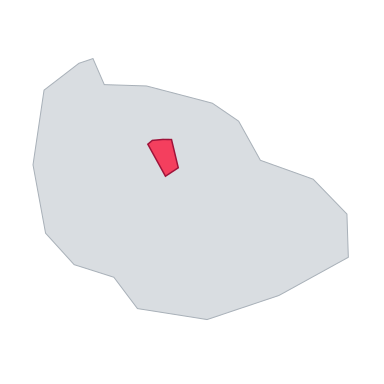 location of Vacoas-Phoenix within Mauritius, rotated 94°
{"feature_id": "MUS-5196", "entity_name": "Vacoas-Phoenix", "entity_type": "City", "adm_level": 1, "iso_a3": "MUS", "parent_name": "Mauritius", "parent_adm1": "", "projection": "robinson", "projection_center": [57.481, -20.303], "detail": "fine", "context": "in_parent", "style": "filled", "palette": "rose", "viewbox_px": 384, "rotation_deg": 94, "n_neighbors": 0, "source": "natural_earth", "source_scale": "10m", "svg_char_len": 548}
<svg xmlns="http://www.w3.org/2000/svg" viewBox="0 0 384 384"><g transform="rotate(94 192 192)"><path d="M243.3,335.2L176.0,352.5L100.7,346.7L71.5,313.8L65.8,300.1L91.0,287.0L89.4,244.8L102.0,177.9L118.1,150.4L155.6,126.0L170.8,72.0L203.2,35.9L246.2,31.5L289.1,98.0L318.2,168.1L312.1,238.3L282.5,264.0L272.7,304.5L243.3,335.2Z" fill="#d9dde1" stroke="#a8b0b8" stroke-width="1"/><path d="M147.4,239.4L143.3,235.2L141.6,224.7L141.1,216.1L168.8,207.4L178.1,219.6L153.8,235.3L147.4,239.4Z" fill="#f43f5e" stroke="#9f1239" stroke-width="1.5"/></g></svg>